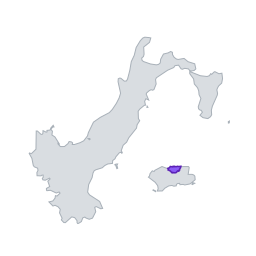 where Ogliastra sits in Italy, rotated 262°
{"feature_id": "ITA-5377", "entity_name": "Ogliastra", "entity_type": "Province", "adm_level": 1, "iso_a3": "ITA", "parent_name": "Italy", "parent_adm1": "", "projection": "albers", "projection_center": [9.501, 39.887], "detail": "fine", "context": "in_parent", "style": "filled", "palette": "violet", "viewbox_px": 256, "rotation_deg": 262, "n_neighbors": 0, "source": "natural_earth", "source_scale": "10m", "svg_char_len": 4621}
<svg xmlns="http://www.w3.org/2000/svg" viewBox="0 0 256 256"><g transform="rotate(262 128 128)"><path d="M46.3,49.2L47.8,50.2L53.5,48.4L56.9,49.6L59.7,47.8L61.6,45.0L61.2,42.8L65.8,39.4L66.2,43.4L68.7,46.0L71.1,46.7L70.5,48.3L72.9,51.6L73.9,51.3L74.2,50.7L73.6,47.9L77.1,42.6L77.2,39.0L77.8,38.6L79.5,38.8L80.9,42.3L86.5,41.2L88.4,43.8L89.3,43.3L87.8,38.8L88.5,36.5L90.0,36.1L91.0,37.2L93.2,37.4L93.3,36.1L92.7,35.2L93.4,31.3L96.6,31.6L98.6,33.0L100.8,32.9L102.6,29.8L104.1,29.0L111.3,28.6L116.6,26.6L117.0,27.0L116.1,28.5L116.5,29.4L119.8,33.9L137.8,36.7L137.6,37.9L133.9,40.9L133.6,42.0L134.3,42.9L137.2,43.5L135.3,46.3L135.4,47.3L136.9,47.4L136.8,50.6L138.8,51.6L141.1,54.3L138.9,55.0L139.8,54.1L137.5,51.4L135.3,52.7L131.7,51.7L129.3,54.4L121.2,58.0L122.6,56.5L122.0,56.4L119.0,58.5L118.5,62.5L120.9,66.4L122.8,67.8L122.0,70.2L120.9,71.1L119.4,70.5L119.1,72.7L120.1,78.4L121.5,82.4L125.8,86.8L128.9,88.1L138.6,94.6L142.4,102.1L145.8,111.6L148.5,115.0L154.0,119.9L159.0,123.4L163.5,125.5L175.2,124.6L178.1,125.2L178.6,126.8L178.2,127.9L174.9,130.9L174.8,133.0L176.6,134.4L184.8,137.8L193.3,140.5L199.1,144.3L206.6,147.3L212.7,152.3L215.0,155.1L215.6,157.3L214.6,161.4L214.0,163.1L209.8,161.2L206.0,154.8L198.9,154.2L196.7,153.3L195.3,151.3L193.1,151.3L191.7,152.5L188.3,159.1L186.6,164.8L186.7,167.0L188.0,169.0L191.5,169.9L196.3,173.4L196.8,178.2L197.8,180.9L196.8,182.5L194.5,182.3L191.6,183.5L189.6,185.5L188.9,187.2L189.1,193.2L185.3,196.7L182.3,203.0L177.1,203.4L175.8,201.6L175.6,198.8L176.3,197.1L178.1,196.1L179.2,192.5L178.6,190.0L179.2,188.8L183.2,186.8L183.2,183.2L181.5,181.7L179.7,175.3L173.8,163.1L172.1,162.0L167.7,162.0L162.4,159.0L162.0,157.6L162.7,156.2L162.1,154.4L160.2,151.4L159.1,150.7L152.8,152.4L154.5,149.8L152.1,148.2L148.2,148.5L148.2,147.3L145.1,142.3L143.2,140.4L135.9,139.6L133.6,140.6L130.0,137.5L126.7,136.4L118.2,127.4L114.2,124.7L111.6,120.8L106.6,118.2L104.4,118.9L103.8,118.4L105.0,117.6L104.7,116.0L101.3,112.1L99.3,110.8L97.9,108.3L95.1,107.7L95.2,103.0L94.1,99.8L92.2,97.0L91.1,90.3L90.3,88.5L88.3,87.1L83.8,85.5L77.5,81.2L70.1,79.1L67.1,80.6L59.2,89.7L51.9,91.7L51.8,89.8L54.6,85.6L54.1,84.0L49.6,84.4L43.7,80.3L43.0,76.9L44.8,73.7L45.8,72.9L45.3,70.7L41.8,68.8L40.5,65.9L40.4,64.9L41.3,64.4L43.4,64.6L46.7,62.7L47.8,59.9L43.0,52.8L43.3,51.3L46.3,49.2ZM122.9,88.7L123.1,87.0L121.7,88.1L122.1,88.9L122.9,88.7ZM175.3,197.0L169.7,206.9L168.0,213.5L168.5,215.9L170.3,217.5L169.5,218.3L171.6,221.2L171.6,222.0L169.1,225.6L169.2,228.6L163.8,228.5L159.4,227.0L157.1,223.7L155.3,222.3L153.5,221.3L149.7,221.5L148.0,220.9L137.9,214.6L134.0,213.0L129.5,212.7L127.7,211.3L126.2,208.4L127.8,203.7L130.6,201.0L133.3,203.9L135.5,202.8L135.6,201.9L137.1,200.6L139.2,200.5L147.1,204.3L151.1,203.0L154.8,203.2L158.1,202.5L162.4,199.8L167.5,199.8L173.2,196.7L175.3,197.0ZM82.4,148.8L85.1,156.3L82.6,160.9L83.6,165.8L81.4,182.6L80.3,183.1L73.7,181.1L73.2,185.0L72.3,186.6L71.0,187.5L67.4,187.3L64.0,181.7L63.7,176.3L64.5,174.7L64.6,171.6L66.0,171.4L66.1,169.3L65.3,168.1L64.0,167.7L64.0,165.3L65.0,163.5L65.0,160.3L63.3,156.2L60.9,153.2L61.5,148.1L63.5,149.4L66.7,149.4L70.4,147.4L76.5,141.4L77.3,142.5L79.8,143.5L82.2,146.1L81.3,147.8L82.4,148.8ZM93.4,109.8L94.0,111.1L93.8,112.7L92.6,111.8L89.6,112.2L89.3,111.3L92.9,110.6L93.4,109.8ZM64.9,184.4L64.0,186.4L63.0,183.8L63.2,183.5L64.9,184.4ZM63.3,144.4L61.9,146.5L61.2,146.4L63.0,144.0L63.3,144.4ZM120.8,229.4L119.0,229.0L118.9,228.1L120.3,228.2L120.8,229.4ZM147.0,150.0L145.7,150.6L145.7,149.6L147.0,150.0Z" fill="#d9dde1" stroke="#a8b0b8" stroke-width="1"/><path d="M82.4,161.8L82.4,162.1L82.5,162.3L82.8,163.3L83.0,163.6L83.3,163.8L83.6,164.3L84.0,164.5L84.0,164.8L83.4,166.3L83.3,166.9L83.5,167.5L83.5,167.4L83.8,167.5L83.7,167.7L83.5,167.8L83.3,168.0L83.3,168.3L83.3,168.5L83.2,168.7L83.2,168.8L83.3,168.9L83.5,169.0L83.3,169.3L83.1,169.7L83.1,170.2L83.0,170.7L83.1,171.0L83.1,171.4L83.2,171.7L83.1,171.9L83.0,172.2L82.9,172.5L82.8,172.8L82.8,173.0L82.7,173.3L82.8,174.2L82.8,174.7L82.7,175.1L81.9,174.6L81.4,174.6L80.4,173.6L80.1,173.4L79.7,173.3L79.3,173.4L79.0,173.1L78.9,172.9L79.0,172.5L78.9,172.3L78.8,172.2L78.6,172.3L78.3,172.4L78.2,172.4L78.1,172.1L78.3,171.8L78.4,171.7L78.7,171.6L78.7,171.4L78.6,171.1L78.4,171.0L78.3,170.9L78.3,170.7L78.1,170.4L77.7,170.3L77.6,170.1L77.1,169.3L77.0,169.1L77.2,168.6L77.1,168.1L77.2,167.8L77.3,167.6L77.3,167.4L77.2,167.2L77.4,166.7L77.6,166.6L77.8,166.0L77.7,165.9L77.4,165.7L77.5,165.3L77.8,165.2L78.0,164.9L79.4,164.1L80.2,162.8L80.6,162.5L80.7,162.4L80.8,162.1L80.8,161.9L81.0,161.9L81.4,162.3L81.6,162.3L82.1,161.9L82.4,161.8Z" fill="#8b5cf6" stroke="#5b21b6" stroke-width="1.5"/></g></svg>